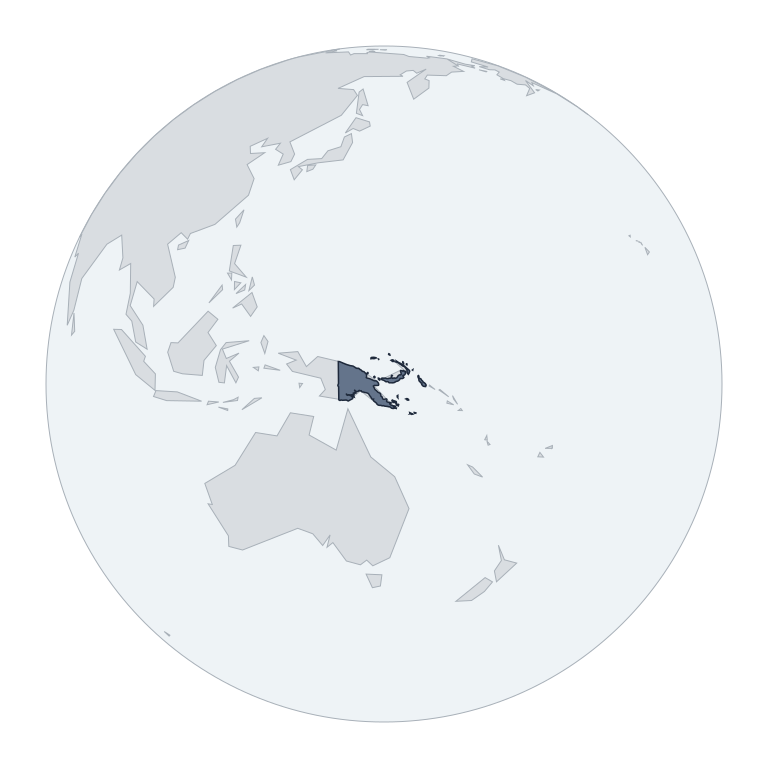 globe centered on Papua New Guinea
{"feature_id": "PNG", "entity_name": "Papua New Guinea", "entity_type": "country or territory", "adm_level": 0, "iso_a3": "PNG", "parent_name": "Oceania", "parent_adm1": "", "projection": "orthographic", "projection_center": [148.76, -6.492], "detail": "fine", "context": "on_globe", "style": "filled", "palette": "slate", "viewbox_px": 768, "rotation_deg": 0, "n_neighbors": 0, "source": "natural_earth", "source_scale": "50m", "svg_char_len": 11929}
<svg xmlns="http://www.w3.org/2000/svg" viewBox="0 0 768 768"><circle cx="384" cy="384" r="338" fill="#eef3f6" stroke="#a8b0b8"/><path d="M552.4,445.5L552.4,448.1L552.0,448.4L552.4,445.5ZM577.9,107.2L558.0,94.4L531.9,82.6L533.3,85.8L525.5,80.5L534.6,92.8L526.6,95.7L529.7,88.4L525.5,84.9L517.1,84.2L511.0,80.7L503.5,78.7L496.9,74.8L499.2,72.1L495.0,69.9L489.3,69.7L479.2,66.6L488.1,67.0L471.3,61.9L472.1,58.8L497.7,65.8L525.6,77.2L552.4,91.1L577.9,107.2ZM647.6,254.7L644.9,247.3L649.4,252.0L647.6,254.7ZM641.2,243.0L642.6,245.4L641.1,243.4L641.2,243.0ZM638.8,241.5L640.6,242.6L638.8,242.1L638.8,241.5ZM635.8,240.6L637.3,240.8L637.3,241.1L635.8,240.6ZM630.3,236.9L628.9,235.8L630.1,235.2L630.3,236.9ZM579.0,108.2L578.7,107.9L588.1,114.7L585.3,112.7L579.0,108.2ZM535.7,89.6L539.4,90.0L537.9,91.0L535.7,89.6ZM503.6,79.1L504.5,80.4L500.2,78.9L503.6,79.1ZM486.2,71.9L479.0,69.8L486.7,71.4L486.2,71.9ZM475.1,68.2L457.6,64.0L458.1,65.9L446.9,58.9L465.4,64.2L474.9,65.7L471.8,66.2L475.1,68.2ZM443.5,56.2L439.6,55.2L444.1,55.8L443.5,56.2ZM260.4,69.5L261.2,69.2L261.8,69.0L286.5,60.5L286.4,60.5L293.1,58.5L299.6,56.8L333.6,50.1L337.1,50.8L325.6,52.9L348.5,51.9L350.6,55.0L354.1,53.6L367.4,53.6L367.0,52.6L369.6,52.0L403.7,54.5L409.0,56.5L427.6,58.2L429.4,57.8L426.5,56.2L446.9,58.9L458.1,65.9L453.5,66.3L463.6,71.4L451.6,72.1L446.3,75.7L427.3,75.1L424.8,78.9L429.1,80.6L428.9,88.1L413.7,99.2L407.1,82.4L426.2,69.1L416.7,73.2L413.2,70.4L406.4,71.0L400.2,74.8L403.0,76.3L364.1,76.6L338.0,88.4L353.6,89.6L357.4,95.4L341.3,115.3L289.9,141.9L294.6,154.1L290.9,161.6L278.3,165.2L283.2,154.1L275.6,149.3L280.4,143.2L261.7,146.8L267.6,138.3L250.2,146.3L250.5,153.5L264.7,152.7L247.1,164.6L254.1,178.6L248.5,195.2L214.9,224.4L190.4,233.5L187.6,239.2L181.2,232.7L167.6,244.2L175.3,277.3L173.2,287.3L153.6,306.4L154.1,299.0L137.2,281.6L130.2,305.6L142.9,325.2L147.1,349.2L135.7,342.0L131.8,321.1L126.0,314.3L130.3,293.3L130.7,263.5L119.4,270.0L122.9,257.9L121.7,235.1L106.9,244.2L81.8,278.5L73.9,310.1L67.2,325.3L69.9,282.1L78.5,253.2L74.8,257.1L81.5,235.3L79.8,236.8L91.6,214.5L105.1,193.2L120.1,173.0L136.5,153.9L154.3,136.1L173.4,119.7L193.7,104.8L215.0,91.4L237.3,79.6L260.4,69.5ZM164.2,631.5L169.9,635.2L169.1,636.1L164.2,631.5ZM218.4,407.1L227.8,408.9L227.7,410.5L218.4,407.1ZM208.5,401.2L218.8,402.0L207.1,404.7L208.5,401.2ZM222.9,402.4L233.5,399.7L238.1,397.2L237.5,400.5L222.9,402.4ZM201.6,401.2L166.6,400.6L153.5,396.5L156.0,390.6L177.3,391.9L201.6,401.2ZM155.0,390.4L135.7,374.6L113.7,329.3L121.5,329.5L145.4,356.3L143.7,361.3L155.4,373.9L155.0,390.4ZM204.0,360.4L202.3,375.4L182.5,373.8L173.7,371.3L167.7,352.2L171.0,342.6L178.0,342.9L208.1,311.2L217.9,319.3L208.0,332.5L216.3,345.6L204.0,360.4ZM74.0,313.0L74.7,331.3L71.5,335.1L74.0,313.0ZM222.6,289.7L208.9,302.9L222.1,285.1L222.6,289.7ZM231.8,273.1L231.5,279.9L227.5,273.1L231.8,273.1ZM185.1,248.1L177.6,249.7L178.5,245.1L188.7,240.5L185.1,248.1ZM244.0,209.8L239.7,222.7L236.8,227.1L235.5,219.1L244.0,209.8ZM330.4,50.5L338.6,49.2L338.6,49.3L336.7,49.6L330.4,50.5ZM339.9,49.0L339.0,49.1L332.8,50.0L333.9,49.8L339.9,49.0ZM485.1,577.6L492.5,581.9L484.4,591.5L471.5,600.5L455.9,601.3L485.1,577.6ZM372.4,587.7L366.1,574.1L381.9,574.8L380.4,586.0L372.4,587.7ZM494.4,570.9L501.4,560.5L498.4,545.2L504.4,559.8L516.7,563.1L496.5,581.8L494.4,570.9ZM297.7,528.3L242.6,550.0L228.8,546.4L228.4,535.8L208.1,503.8L212.3,504.5L204.8,483.4L235.1,465.3L255.6,432.5L277.0,435.9L290.4,412.8L313.7,416.5L309.1,435.0L336.2,450.1L347.9,408.8L370.8,457.0L394.7,476.7L409.0,508.6L389.8,557.7L372.8,565.8L366.7,560.1L360.4,564.8L346.4,561.0L332.9,542.6L327.0,547.3L330.1,534.9L322.7,545.5L312.8,533.8L297.7,528.3ZM467.6,464.8L472.6,467.0L482.6,477.1L474.3,474.0L467.6,464.8ZM539.9,452.4L543.5,457.1L537.8,456.8L539.9,452.4ZM552.0,448.4L545.1,448.4L552.4,445.5L552.0,448.4ZM486.9,441.1L490.0,444.5L488.1,445.2L486.9,441.1ZM484.7,439.7L486.8,435.5L487.3,440.2L484.7,439.7ZM458.3,410.5L460.8,408.5L462.3,410.6L458.3,410.5ZM241.9,409.7L254.4,398.4L261.9,397.8L241.9,409.7ZM453.7,404.8L446.9,403.2L447.3,400.9L453.7,404.8ZM453.6,399.1L452.5,395.6L457.6,404.3L453.6,399.1ZM439.9,389.4L448.7,396.8L439.0,390.0L439.9,389.4ZM435.1,389.5L429.1,386.0L429.5,385.0L435.1,389.5ZM373.5,385.4L395.2,408.1L379.1,405.4L360.5,390.8L348.4,400.9L319.4,396.0L325.3,389.5L320.8,378.2L292.4,371.4L286.6,364.0L296.2,360.1L278.2,353.2L297.8,351.6L306.4,366.6L317.7,356.5L338.4,361.4L359.4,368.6L377.5,381.6L373.5,385.4ZM299.0,383.2L302.5,383.5L299.7,387.6L299.0,383.2ZM417.7,376.2L426.4,384.6L425.6,386.2L421.5,384.5L417.7,376.2ZM381.4,379.6L400.3,370.3L405.0,371.2L392.7,383.0L381.4,379.6ZM395.2,361.9L404.5,364.9L409.7,372.4L407.9,373.9L395.2,361.9ZM258.9,366.9L258.3,370.8L253.4,367.4L258.9,366.9ZM265.1,364.9L280.2,370.3L263.9,368.2L265.1,364.9ZM222.4,349.1L226.3,358.5L239.0,353.1L229.4,361.2L238.5,377.1L235.9,382.8L226.6,365.6L224.4,382.9L218.9,382.3L215.3,367.4L220.5,349.7L226.1,342.6L249.2,340.7L222.4,349.1ZM264.8,353.5L260.9,342.5L263.9,335.6L268.0,341.5L264.8,353.5ZM250.6,316.4L241.7,304.0L232.6,308.1L252.0,292.5L257.2,306.9L250.6,316.4ZM244.7,290.0L236.0,293.6L245.6,284.5L244.7,290.0ZM234.4,289.6L234.5,281.5L240.8,282.8L234.4,289.6ZM248.9,290.6L252.3,276.9L254.5,285.1L248.9,290.6ZM234.6,263.6L246.3,277.2L229.3,270.9L233.3,245.5L240.9,245.2L234.6,263.6ZM306.8,171.6L307.6,165.5L315.8,164.9L312.9,169.2L306.8,171.6ZM343.1,159.9L318.2,162.8L298.4,166.6L302.4,169.8L294.2,179.8L290.4,169.6L307.5,159.4L321.7,158.6L327.9,150.8L340.9,146.7L344.4,137.0L351.4,133.6L352.6,142.5L343.1,159.9ZM345.3,133.0L356.0,117.7L369.5,121.9L370.2,126.1L359.6,131.1L353.1,128.5L345.3,133.0ZM362.6,115.6L356.4,113.3L359.1,92.1L363.1,89.0L368.1,105.7L362.6,104.6L359.5,109.5L362.6,115.6ZM438.7,55.6L439.6,55.2L441.5,56.1L438.7,55.6ZM369.0,51.5L373.0,50.9L375.2,51.6L369.0,51.5ZM385.3,50.1L380.0,49.7L387.0,49.7L385.3,50.1ZM368.0,49.2L378.6,49.3L366.4,49.8L368.0,49.2Z" fill="#d9dde1" stroke="#a8b0b8" stroke-width="1"/><path d="M338.8,399.8L338.6,386.8L337.9,385.8L337.9,385.1L338.5,383.5L338.3,361.5L339.5,361.6L342.4,362.8L343.3,363.3L344.2,363.5L345.5,364.2L349.6,365.5L353.1,366.1L356.4,368.3L357.5,368.4L358.2,368.3L358.8,368.4L359.1,368.6L359.2,368.9L359.7,369.4L360.4,369.6L361.0,370.0L362.4,371.4L363.9,371.6L366.4,374.2L366.5,374.6L366.6,376.3L366.3,377.6L366.9,378.0L369.0,378.5L370.2,378.9L373.9,380.6L374.4,380.8L375.9,380.8L377.0,381.4L378.0,382.6L378.4,383.0L378.7,384.4L378.6,385.0L378.4,385.3L377.8,385.4L375.8,385.5L374.4,385.4L373.4,386.0L373.5,386.6L374.3,388.0L374.8,389.2L375.2,389.7L376.4,390.6L377.9,392.2L379.2,392.8L380.3,393.5L380.8,394.9L381.0,396.2L382.2,397.0L382.6,398.4L383.0,399.1L383.5,399.3L384.2,399.3L386.0,398.9L386.6,399.0L386.8,399.2L386.9,399.9L386.7,400.5L386.6,401.2L386.9,401.7L388.2,402.3L390.4,402.5L391.3,402.9L391.1,403.1L389.8,403.5L389.8,403.9L390.5,404.8L393.3,405.8L394.3,405.9L395.1,406.2L396.1,406.1L394.9,406.7L393.8,406.5L393.6,406.7L394.0,407.2L394.9,407.7L394.8,408.0L394.0,408.4L393.0,408.5L391.3,408.1L390.9,407.5L389.8,406.8L388.6,406.7L387.4,406.4L385.0,406.2L383.4,405.6L382.1,405.8L381.1,405.4L380.5,405.3L379.9,405.4L378.2,405.1L377.0,404.2L376.7,403.5L376.1,402.8L373.9,401.1L373.3,400.3L373.5,399.2L373.2,399.3L372.9,399.3L372.0,399.0L371.6,398.5L370.6,396.7L369.6,395.6L369.0,394.4L368.1,393.4L366.3,392.7L364.8,392.5L363.7,392.1L361.9,391.8L361.4,391.4L361.2,390.8L360.7,390.9L359.2,390.4L358.8,390.6L358.7,391.1L358.3,391.0L357.5,391.6L357.0,391.6L355.6,391.1L354.6,390.1L354.2,389.9L354.7,390.4L355.9,392.7L355.3,392.7L355.6,393.1L355.3,393.2L353.6,393.0L353.4,393.1L354.0,394.2L351.0,394.9L349.9,394.9L348.7,394.7L347.7,395.0L347.2,395.0L346.6,394.1L345.8,394.3L346.5,394.3L346.9,395.0L347.4,395.3L348.0,395.1L349.3,395.1L351.1,395.9L352.3,397.0L352.7,397.6L352.7,398.4L352.6,398.7L349.7,400.2L348.5,400.9L347.8,400.8L347.0,400.3L346.1,400.0L342.5,400.3L341.3,400.0L340.7,400.1L340.2,400.4L339.7,400.4L338.8,399.8ZM402.0,370.6L402.9,371.2L403.7,370.6L404.2,371.1L405.4,371.4L405.2,372.3L405.4,373.1L405.4,373.7L405.1,374.2L404.5,375.0L404.0,375.2L403.1,375.3L402.9,375.7L403.0,376.1L403.9,377.4L403.5,378.0L402.2,378.6L401.2,378.5L400.2,378.5L399.6,379.7L398.5,380.7L397.4,381.2L396.7,381.3L396.0,381.5L395.4,382.0L394.7,382.2L394.0,382.7L392.4,382.8L389.2,382.8L388.9,382.6L388.2,381.8L387.6,381.6L386.0,381.8L383.8,380.3L381.9,379.7L381.5,379.2L381.6,378.4L382.1,378.0L382.9,378.2L383.4,378.1L384.1,378.2L385.4,378.1L386.8,378.6L387.5,378.6L388.2,378.6L389.1,378.2L390.3,378.3L391.1,377.9L391.4,376.0L391.6,375.4L391.8,375.3L392.3,375.6L391.8,376.3L391.7,377.0L391.9,377.7L392.4,378.3L393.0,378.4L393.7,378.0L394.3,377.9L395.0,378.3L395.6,378.2L395.9,378.0L396.6,377.9L396.9,377.7L398.0,375.9L399.1,375.0L399.7,374.8L400.5,374.9L401.1,374.6L401.1,373.1L400.4,371.1L400.7,370.5L402.0,370.6ZM426.1,385.4L425.8,386.1L425.7,385.9L425.2,386.1L424.7,386.5L423.5,386.3L422.5,385.6L421.7,384.4L421.9,383.8L421.7,383.2L420.6,382.6L420.2,381.9L419.8,381.7L419.1,380.9L418.8,379.8L419.0,378.6L419.0,378.0L419.8,378.5L420.5,378.6L421.1,379.1L421.7,380.3L422.7,381.2L423.2,382.2L424.2,382.7L425.3,383.6L425.9,384.7L426.1,385.4ZM409.0,373.3L408.3,374.3L407.4,373.1L407.0,372.3L407.1,371.1L407.0,370.2L406.6,369.4L404.7,366.9L404.2,366.5L402.9,366.1L402.4,365.8L400.6,364.4L399.9,364.1L399.6,363.7L397.6,362.4L397.0,362.2L396.3,362.1L395.7,361.9L396.2,361.8L396.3,361.3L396.2,360.9L398.2,362.2L398.5,362.7L399.0,362.7L400.0,363.1L401.2,363.9L401.9,364.5L403.3,365.0L404.1,365.9L409.0,370.0L409.6,370.9L409.7,371.5L409.2,372.2L409.0,373.3ZM374.0,357.3L376.0,357.7L376.2,357.9L375.6,357.9L374.8,358.6L374.5,358.5L373.2,358.7L372.1,358.4L371.9,358.6L371.5,358.6L371.0,358.8L370.9,358.3L371.3,358.2L371.2,357.7L371.6,357.4L372.2,357.4L372.8,357.3L374.0,357.3ZM394.3,400.8L395.1,401.3L395.6,401.2L395.8,401.3L396.3,401.8L396.4,402.7L396.1,403.0L396.1,402.7L395.9,402.7L393.7,402.5L394.2,402.0L393.7,401.4L393.8,400.9L394.3,400.8ZM393.9,361.4L392.7,361.5L392.3,361.4L391.6,360.6L391.1,360.3L391.9,359.9L392.6,359.8L393.8,360.3L394.0,360.7L393.9,361.4ZM397.5,404.8L398.1,404.4L398.5,404.3L398.7,404.5L398.3,405.9L396.8,405.2L396.7,404.7L396.4,404.5L395.8,403.4L395.7,403.0L396.2,403.5L397.3,404.3L397.3,404.6L397.5,404.8ZM406.5,398.6L407.6,398.7L407.8,399.0L408.4,399.3L408.6,399.5L408.4,399.9L408.5,400.1L407.9,400.2L407.0,399.9L407.0,399.6L406.6,399.2L405.9,398.9L406.5,398.6ZM411.6,413.5L412.5,413.8L412.9,414.1L411.7,414.4L411.5,414.2L410.7,414.0L410.5,413.6L410.1,413.7L410.3,413.5L409.8,413.1L409.7,412.6L411.6,413.5ZM379.7,380.1L379.4,379.9L378.8,379.6L378.3,378.9L378.3,378.1L378.6,378.1L379.9,378.8L380.0,379.0L379.9,379.7L379.7,380.1ZM393.4,401.1L393.1,401.9L392.8,401.7L391.9,400.9L392.0,400.3L392.4,400.0L393.1,400.4L393.4,401.1ZM418.8,377.7L418.4,378.0L418.1,377.3L417.9,376.0L418.4,375.5L418.7,375.7L418.8,376.2L419.0,376.7L418.8,377.7ZM374.7,377.8L374.4,377.8L373.7,377.0L373.8,376.7L374.4,376.3L374.9,376.7L375.0,377.5L374.7,377.8ZM389.7,354.2L389.9,355.1L389.4,355.0L388.6,354.4L388.6,354.1L388.8,353.7L389.1,353.8L389.7,354.2ZM367.9,373.6L367.5,373.8L367.2,373.7L367.1,373.3L367.2,372.9L367.8,372.5L368.0,372.7L368.1,373.1L367.9,373.6ZM397.7,397.2L397.8,397.7L397.3,397.2L397.5,396.3L397.1,396.0L397.3,395.6L397.8,395.4L397.7,396.0L397.9,396.3L397.7,397.2ZM353.9,396.8L354.0,397.0L353.2,396.7L351.9,396.0L351.7,395.6L353.0,396.1L353.9,396.8ZM353.9,395.9L353.6,395.9L352.6,395.5L352.3,395.2L353.8,395.4L353.9,395.9ZM415.9,412.9L415.8,413.2L415.6,413.1L414.9,413.2L414.6,413.2L414.4,412.8L414.9,412.9L414.8,412.6L415.9,412.9ZM407.0,364.3L406.9,364.8L406.5,364.5L406.3,364.1L406.4,363.9L406.8,363.8L407.0,364.3ZM403.7,363.2L403.6,363.5L403.4,363.5L402.8,362.7L403.7,363.2ZM396.4,408.0L396.3,408.5L395.7,408.3L395.8,408.0L396.4,408.0ZM403.1,362.4L402.7,362.5L402.8,361.8L403.1,361.9L403.1,362.4ZM378.8,359.2L378.6,359.5L378.0,359.4L378.3,359.3L378.6,359.0L378.8,359.2ZM412.8,369.7L412.7,370.2L412.4,370.0L412.8,369.7Z" fill="#64748b" stroke="#1e293b" stroke-width="1.5"/></svg>